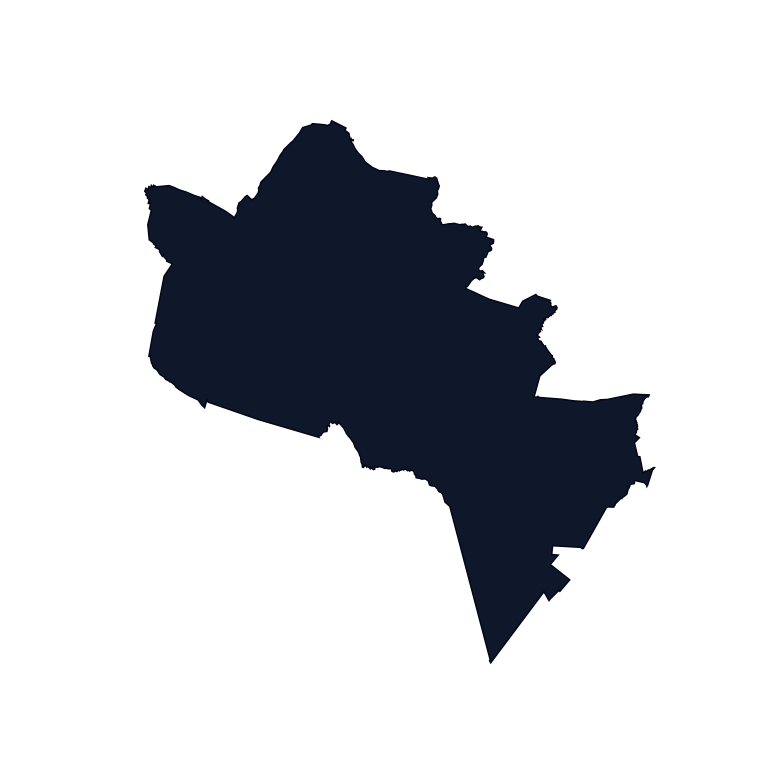 Río Grande, Zacatecas, Mexico, rotated 196°
{"feature_id": "50627088B78022927430192", "entity_name": "Río Grande", "entity_type": "district", "adm_level": 2, "iso_a3": "MEX", "parent_name": "Mexico", "parent_adm1": "Zacatecas", "projection": "natural_earth1", "projection_center": [-103.094, 23.812], "detail": "fine", "context": "isolated", "style": "filled", "palette": "ink", "viewbox_px": 768, "rotation_deg": 196, "n_neighbors": 0, "source": "geoboundaries", "source_scale": "gbopen_adm2", "svg_char_len": 6171}
<svg xmlns="http://www.w3.org/2000/svg" viewBox="0 0 768 768"><g transform="rotate(196 384 384)"><path d="M625.1,427.0L620.8,379.5L620.2,379.7L619.4,379.2L620.3,371.3L617.6,345.2L616.9,347.3L613.2,340.0L612.7,339.9L611.2,337.6L608.9,335.7L607.3,335.5L606.0,334.8L601.7,331.3L597.5,330.2L595.2,328.3L591.5,327.7L590.4,327.0L589.6,327.3L585.0,325.4L583.9,324.8L583.6,324.0L579.4,322.2L568.2,319.0L558.4,317.5L553.4,313.6L549.9,311.7L549.8,319.9L548.0,318.1L495.0,315.2L431.9,314.8L432.7,315.5L430.4,317.3L430.1,319.0L428.8,321.3L425.8,322.7L426.0,325.5L427.0,326.9L426.3,328.8L424.8,328.2L424.8,328.9L425.7,329.7L425.9,330.6L425.0,332.9L424.3,333.2L422.7,331.9L419.9,333.9L419.5,333.0L418.0,332.0L417.4,333.0L417.4,334.8L410.5,330.5L406.2,325.8L404.5,324.8L404.0,324.0L402.2,323.2L396.3,318.4L396.4,318.1L394.3,315.2L389.4,311.3L388.0,309.0L386.3,307.2L384.4,302.5L382.7,300.5L381.9,298.2L380.9,298.1L380.1,299.5L380.3,300.8L380.0,301.1L377.7,299.4L377.3,300.3L375.2,299.6L373.9,298.7L373.7,299.9L370.4,298.8L369.5,299.5L369.7,301.7L369.1,302.3L367.6,302.0L366.4,302.9L364.4,303.5L359.9,303.1L358.2,303.7L356.4,303.7L355.5,304.0L354.9,304.8L353.6,304.3L352.4,302.3L350.4,302.1L348.8,303.6L347.6,303.4L346.5,305.0L345.4,304.7L344.6,305.8L344.0,305.8L343.8,306.6L341.4,306.9L339.7,308.3L337.5,307.2L337.1,307.8L335.2,307.4L334.8,308.2L332.6,308.9L330.5,307.4L330.0,305.9L328.6,305.1L327.1,302.7L323.8,303.2L321.7,302.9L318.6,304.0L317.1,303.9L314.6,302.9L312.5,299.6L311.5,299.3L309.2,299.3L307.8,299.8L306.3,299.5L303.8,297.9L301.5,295.7L298.9,295.3L296.9,293.8L292.8,287.3L287.0,284.5L207.8,151.3L205.9,148.0L206.3,147.1L204.6,145.4L173.0,228.4L165.7,221.3L164.7,223.7L159.1,233.7L157.8,233.1L151.5,246.9L174.4,256.3L169.4,267.6L175.8,266.3L177.3,275.0L149.9,281.2L148.2,280.4L148.0,281.2L147.0,281.0L136.1,326.7L135.0,327.5L129.2,329.0L129.2,331.0L128.6,331.1L128.7,333.0L128.4,333.0L125.4,338.4L125.5,339.3L123.7,339.4L123.7,341.0L123.1,341.1L120.7,344.2L120.5,345.5L120.2,345.5L120.4,351.6L119.8,351.6L119.7,354.4L118.8,355.9L116.1,357.1L115.9,357.8L116.4,359.7L116.1,360.4L106.3,360.9L103.8,359.2L103.1,358.1L103.0,359.0L102.7,359.1L102.3,374.8L100.9,378.2L101.6,378.1L105.8,373.8L106.6,374.5L106.4,374.0L107.5,372.1L108.8,372.4L110.3,369.6L118.0,384.6L120.2,384.2L127.1,396.6L123.7,402.8L128.6,404.3L128.6,406.0L128.0,407.1L128.7,409.1L127.7,410.4L128.6,412.0L128.6,413.1L129.2,414.5L130.5,415.8L130.3,416.6L131.1,417.0L131.4,418.0L131.8,417.9L132.2,418.9L133.1,419.1L132.7,420.0L132.4,422.3L131.3,424.0L130.8,425.8L131.0,426.6L130.4,427.0L130.1,428.2L130.1,429.7L129.6,432.0L131.0,433.7L130.4,434.0L131.0,434.6L130.7,436.2L129.9,436.3L130.3,438.3L129.7,440.9L128.9,442.6L127.2,444.4L126.3,444.6L126.1,446.6L141.5,443.0L165.1,430.7L171.6,428.5L178.2,424.3L187.3,422.5L188.5,421.9L197.0,420.1L208.8,418.4L231.4,413.8L232.6,414.5L233.7,413.4L236.2,412.9L236.4,434.8L228.0,448.4L227.1,449.5L225.4,450.6L225.2,451.9L227.9,455.2L229.3,455.3L230.0,457.6L230.8,457.7L236.7,462.0L237.8,463.3L238.9,463.9L239.1,465.0L239.5,465.2L240.6,464.3L241.9,465.8L242.9,466.0L243.0,466.8L243.6,466.9L244.6,468.3L245.3,468.5L246.2,467.7L247.9,469.1L248.6,468.9L248.7,470.6L247.4,471.9L250.5,473.2L249.9,473.9L248.8,477.4L248.1,477.5L248.9,479.0L248.9,479.6L248.3,480.1L247.7,479.9L248.9,481.7L248.8,482.3L247.4,483.0L248.4,484.3L248.7,485.6L247.7,486.5L248.4,487.2L248.4,487.8L247.8,487.9L247.3,489.7L246.8,490.1L248.0,490.2L246.3,492.5L244.5,493.3L243.5,495.8L242.3,495.8L241.5,497.9L240.8,498.1L240.9,499.2L239.5,500.0L240.0,501.1L238.7,503.7L239.0,504.4L238.6,504.8L239.8,506.4L240.3,506.6L243.3,504.5L244.1,504.4L245.5,505.6L245.9,507.8L247.5,508.7L247.1,510.2L260.7,510.7L262.7,511.9L273.5,501.8L275.4,494.2L306.5,494.5L331.5,498.3L331.9,499.9L330.7,500.7L328.6,507.0L326.8,510.1L324.6,511.8L320.8,510.6L319.5,512.4L318.2,513.0L317.4,514.7L319.9,518.5L318.2,518.6L320.7,520.1L322.2,519.1L323.6,519.3L324.4,519.8L324.9,521.5L324.9,522.5L322.7,526.1L322.6,530.4L323.0,532.2L322.3,533.3L321.0,534.1L320.4,540.0L318.4,541.5L317.7,542.5L318.0,544.2L320.5,546.3L320.3,547.0L317.8,549.4L317.8,551.0L318.5,552.9L326.3,553.4L326.1,556.6L326.8,557.7L328.1,558.4L329.0,557.7L329.9,558.0L330.7,557.5L332.1,557.9L333.3,557.1L333.9,558.1L333.2,561.7L335.2,561.3L336.9,562.0L340.1,560.7L342.0,559.0L344.6,559.6L345.7,558.8L347.6,558.6L348.0,559.2L350.2,560.2L351.0,559.4L352.7,559.2L354.8,558.0L360.8,557.8L366.6,555.5L370.7,553.4L372.5,553.3L373.3,554.8L374.8,555.9L375.1,558.3L376.0,558.6L378.9,557.5L381.6,560.1L384.6,561.4L387.4,565.4L387.3,569.0L388.3,571.6L387.9,572.1L388.1,572.8L387.0,573.7L385.8,575.9L385.8,576.5L384.8,577.5L385.0,578.6L384.6,580.9L385.8,584.0L386.2,584.2L385.6,585.9L385.4,588.9L385.7,590.0L386.4,590.5L390.1,596.3L392.2,597.1L394.2,595.2L398.5,594.6L397.5,593.1L437.7,590.3L439.2,589.3L442.5,589.0L447.6,587.8L455.2,589.1L463.2,592.2L468.2,596.7L472.2,598.7L476.6,602.2L479.8,605.7L484.1,609.4L484.1,609.9L482.7,609.3L480.7,609.4L480.8,610.2L482.2,609.7L482.7,610.4L483.8,610.5L483.7,610.9L484.1,610.8L486.1,612.5L486.3,612.9L485.9,613.0L486.7,613.6L486.2,614.3L487.1,615.5L490.6,616.7L491.5,617.9L491.1,619.6L506.8,622.6L507.4,618.5L508.8,617.7L509.8,616.3L510.1,616.9L512.7,616.8L524.6,614.5L525.6,612.7L532.8,608.1L534.4,602.1L538.7,592.0L539.6,591.0L544.9,581.7L545.1,580.0L546.9,575.2L548.2,568.6L550.3,562.6L551.3,556.3L558.0,544.0L557.9,540.4L558.7,538.0L557.7,535.4L557.6,533.2L559.5,527.2L562.0,524.6L567.6,527.5L569.0,525.7L571.7,519.9L573.3,518.2L573.4,512.5L572.6,510.9L572.3,508.6L573.5,503.5L574.4,502.5L575.2,503.3L582.9,506.1L603.3,510.9L603.1,511.7L606.9,512.6L610.4,514.1L610.4,510.6L612.0,512.7L618.1,512.9L626.9,514.0L634.3,514.2L640.0,515.1L645.2,515.5L657.2,510.8L660.1,511.6L660.3,509.6L662.4,510.8L662.5,508.0L664.3,509.0L664.7,505.5L666.8,506.6L667.1,503.2L665.0,502.0L665.1,500.2L662.8,499.1L662.8,497.6L660.5,496.4L660.4,492.6L658.1,492.8L657.9,487.9L655.5,486.9L655.0,472.1L649.4,457.9L645.0,456.3L644.5,456.1L644.4,455.3L640.9,453.9L641.4,452.2L638.7,451.9L636.7,451.1L636.0,449.7L636.2,449.4L632.3,445.7L631.5,447.3L630.5,445.5L627.3,443.6L626.7,442.1L620.5,441.3L625.1,427.0Z" fill="#0f172a" stroke="#020617" stroke-width="1.5"/></g></svg>